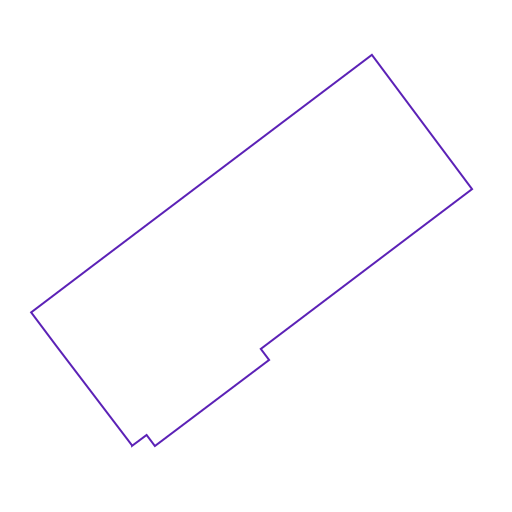 Stark, North Dakota, United States of America, rotated 143°
{"feature_id": "52423323B36823497446374", "entity_name": "Stark", "entity_type": "district", "adm_level": 2, "iso_a3": "USA", "parent_name": "United States of America", "parent_adm1": "North Dakota", "projection": "natural_earth1", "projection_center": [-102.534, 46.82], "detail": "fine", "context": "isolated", "style": "outline", "palette": "violet", "viewbox_px": 512, "rotation_deg": 143, "n_neighbors": 0, "source": "geoboundaries", "source_scale": "gbopen_adm2", "svg_char_len": 332}
<svg xmlns="http://www.w3.org/2000/svg" viewBox="0 0 512 512"><g transform="rotate(143 256 256)"><path d="M117.6,179.3L43.2,179.4L42.4,346.9L156.7,346.8L394.0,346.5L469.5,346.3L469.6,304.9L469.0,179.3L469.2,179.0L451.1,178.9L451.1,165.1L308.1,165.1L308.1,178.9L117.6,179.3Z" fill="none" stroke="#5b21b6" stroke-width="2"/></g></svg>